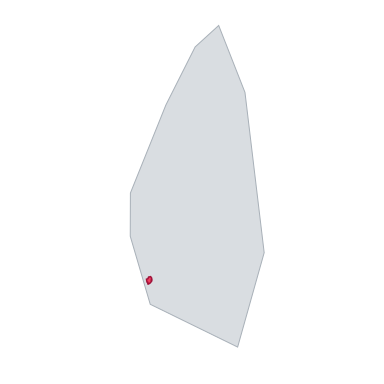 location of Union Vale, Soufrière, Saint Lucia, rotated 351°
{"feature_id": "8701671B13319398950854", "entity_name": "Union Vale", "entity_type": "district", "adm_level": 2, "iso_a3": "LCA", "parent_name": "Saint Lucia", "parent_adm1": "Soufrière", "projection": "natural_earth1", "projection_center": [-61.055, 13.811], "detail": "fine", "context": "in_parent", "style": "filled", "palette": "rose", "viewbox_px": 384, "rotation_deg": 351, "n_neighbors": 0, "source": "geoboundaries", "source_scale": "gbopen_adm2", "svg_char_len": 843}
<svg xmlns="http://www.w3.org/2000/svg" viewBox="0 0 384 384"><g transform="rotate(351 192 192)"><path d="M253.8,263.2L212.8,352.3L133.2,296.4L124.1,226.0L131.0,183.4L179.8,102.0L217.8,49.2L244.4,31.7L259.9,101.9L253.8,263.2Z" fill="#d9dde1" stroke="#a8b0b8" stroke-width="1"/><path d="M138.1,272.8L137.9,272.8L137.9,272.7L138.0,272.6L138.3,272.6L138.6,272.5L138.6,272.4L138.6,272.1L138.6,271.9L138.6,271.7L138.5,271.8L138.4,271.9L138.4,272.0L138.3,271.9L138.3,271.7L138.5,271.4L138.7,271.0L138.7,270.9L137.9,269.1L136.9,269.2L135.8,269.2L135.7,269.3L135.0,270.7L133.4,271.0L133.4,273.0L133.5,274.0L134.2,274.2L134.2,274.6L134.2,274.8L134.3,275.0L134.2,275.1L134.0,275.3L134.1,275.8L134.1,276.0L134.7,276.1L136.3,275.4L136.6,275.2L137.9,274.0L138.1,273.9L138.5,272.8L138.1,272.8Z" fill="#f43f5e" stroke="#9f1239" stroke-width="1.5"/></g></svg>